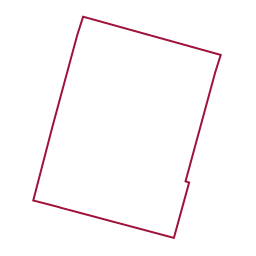 outline of Brown, Indiana, United States of America, rotated 196°
{"feature_id": "52423323B89653370278289", "entity_name": "Brown", "entity_type": "district", "adm_level": 2, "iso_a3": "USA", "parent_name": "United States of America", "parent_adm1": "Indiana", "projection": "equal_earth", "projection_center": [-86.224, 39.196], "detail": "fine", "context": "isolated", "style": "outline", "palette": "rose", "viewbox_px": 256, "rotation_deg": 196, "n_neighbors": 0, "source": "geoboundaries", "source_scale": "gbopen_adm2", "svg_char_len": 320}
<svg xmlns="http://www.w3.org/2000/svg" viewBox="0 0 256 256"><g transform="rotate(196 128 128)"><path d="M199.1,32.2L172.5,32.9L170.2,32.8L117.4,33.8L53.6,35.0L54.2,92.4L58.0,92.6L59.5,205.4L59.0,223.8L84.6,223.6L201.8,222.6L202.4,203.6L201.0,108.5L199.1,32.2Z" fill="none" stroke="#9f1239" stroke-width="2"/></g></svg>